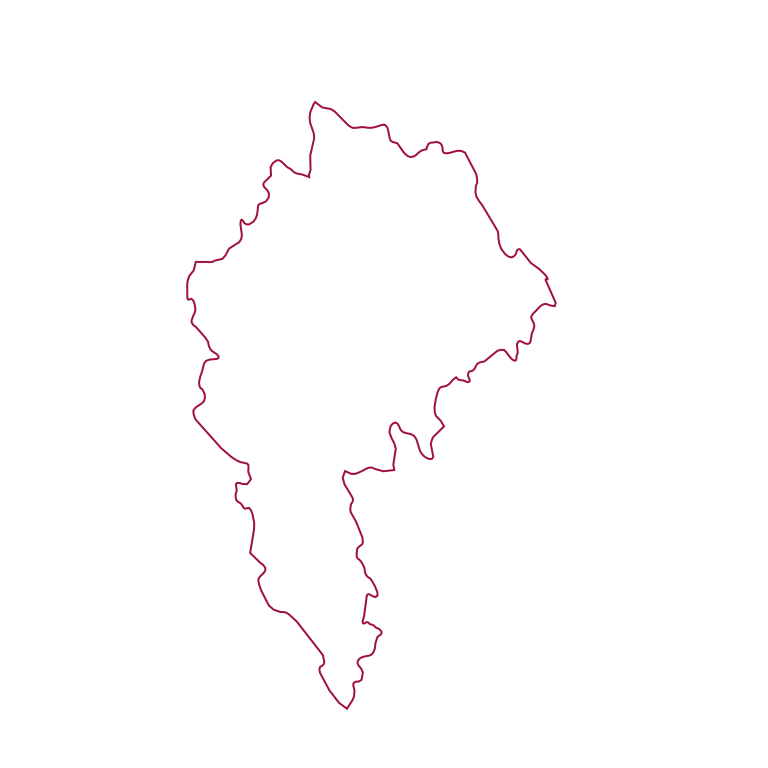 the County of Kauno, rotated 248°
{"feature_id": "LTU-1069", "entity_name": "Kauno", "entity_type": "County", "adm_level": 1, "iso_a3": "LTU", "parent_name": "Lithuania", "parent_adm1": "", "projection": "robinson", "projection_center": [23.769, 55.019], "detail": "fine", "context": "isolated", "style": "outline", "palette": "rose", "viewbox_px": 768, "rotation_deg": 248, "n_neighbors": 0, "source": "natural_earth", "source_scale": "10m", "svg_char_len": 5541}
<svg xmlns="http://www.w3.org/2000/svg" viewBox="0 0 768 768"><g transform="rotate(248 384 384)"><path d="M567.7,255.3L563.6,265.3L562.6,267.3L561.5,270.5L561.8,273.8L561.2,276.9L560.6,281.1L562.5,285.0L567.6,291.1L569.8,303.0L572.0,306.0L575.3,308.0L585.8,310.7L589.3,312.5L589.6,313.7L587.9,314.4L585.3,314.9L583.4,316.4L582.5,318.9L583.5,323.7L585.3,326.8L588.0,329.3L590.3,330.8L594.7,333.1L597.0,334.6L597.6,336.6L597.3,339.2L597.6,343.3L600.5,347.2L603.6,348.7L606.8,348.5L612.1,346.6L614.5,346.9L615.9,348.4L619.5,357.3L627.6,360.1L630.4,363.7L631.4,367.3L631.4,368.9L630.6,370.6L629.1,371.9L626.8,373.1L622.1,375.1L620.6,376.0L619.2,377.3L617.8,378.2L614.5,379.7L613.2,380.7L612.2,381.6L610.7,383.7L609.0,386.5L603.9,392.1L606.2,392.8L609.8,396.0L623.5,401.2L637.9,411.3L642.8,412.8L654.2,413.4L659.1,414.9L663.9,417.7L669.8,423.6L671.2,425.8L663.5,430.4L658.9,437.6L655.3,440.3L637.8,447.6L634.7,449.5L633.0,451.3L632.2,453.4L630.4,459.9L629.7,461.5L627.9,464.5L626.7,467.0L625.8,470.3L625.4,473.5L625.2,477.0L624.6,481.0L622.8,482.6L619.8,483.2L610.0,481.4L607.0,481.3L605.4,482.5L602.1,486.6L591.1,489.1L586.5,491.3L584.3,493.9L583.8,497.2L584.5,500.0L585.6,502.8L586.2,505.4L586.4,507.2L585.8,511.2L589.7,514.6L590.1,516.0L590.2,517.9L589.5,520.0L588.8,523.2L587.4,525.2L585.4,526.7L582.9,527.0L580.5,526.6L578.4,525.7L575.8,526.1L574.5,528.2L573.7,531.5L572.9,538.8L571.9,541.5L571.0,543.1L568.2,545.8L544.4,548.1L540.5,547.5L535.7,545.9L533.2,543.4L527.6,540.6L523.4,539.9L518.2,540.6L512.8,542.1L483.3,546.7L481.0,546.3L478.5,545.6L476.1,544.6L470.8,543.5L465.5,543.3L459.4,544.9L457.5,545.8L455.8,547.0L454.9,547.9L454.1,548.9L453.6,550.1L453.6,551.4L453.9,552.6L454.3,553.7L454.9,554.6L455.5,555.2L457.5,556.8L458.2,557.5L458.5,558.5L458.5,559.6L458.0,560.4L456.9,560.9L441.2,565.5L432.2,571.1L425.0,574.3L421.3,575.2L420.0,574.9L420.7,573.8L420.0,572.8L395.0,573.6L392.2,571.5L393.8,568.8L395.3,566.7L397.5,564.4L398.2,561.9L397.7,558.3L393.1,548.1L391.3,545.7L389.4,545.2L384.5,545.6L381.4,545.1L378.6,543.2L375.5,540.0L369.4,536.3L367.6,534.8L367.2,532.6L368.6,530.1L371.0,528.2L372.9,526.2L373.0,524.3L370.9,522.0L363.2,519.9L361.9,518.9L360.9,517.8L359.5,517.0L357.8,516.2L356.6,515.2L356.7,513.9L358.6,512.1L361.3,511.0L368.0,509.2L370.6,508.1L372.0,505.0L372.3,501.6L367.3,485.5L368.1,481.1L367.9,478.5L366.6,476.2L365.4,475.2L364.1,473.4L363.2,471.3L363.6,467.5L361.6,465.5L359.5,464.9L356.9,465.0L354.9,464.8L354.1,463.6L354.5,461.9L357.4,459.3L358.4,457.1L359.6,455.6L360.1,454.6L363.2,453.4L362.2,449.8L361.4,448.0L359.8,445.2L358.9,441.3L359.1,439.4L359.6,437.2L359.7,435.3L358.9,433.3L356.9,431.2L351.1,426.7L343.9,422.3L339.0,420.5L335.1,420.2L328.7,422.8L322.2,423.8L316.3,409.5L313.9,407.2L310.9,404.9L297.9,402.4L296.7,400.4L297.1,398.6L298.7,396.5L300.7,394.9L302.6,393.8L305.4,392.8L308.4,392.3L319.9,393.3L322.3,393.0L324.4,392.5L326.0,391.5L327.5,390.0L330.5,385.6L332.2,383.8L333.4,383.0L334.8,382.5L336.4,382.2L339.9,382.1L341.8,381.8L343.9,380.4L344.0,377.3L342.4,374.3L337.4,371.0L331.5,370.7L325.4,371.3L319.6,370.7L305.9,362.5L300.4,361.3L303.3,350.8L307.8,344.8L311.1,341.3L312.1,338.8L312.1,335.6L311.6,332.0L311.3,325.8L311.8,322.5L313.1,319.8L317.9,315.3L312.6,310.6L305.8,309.8L290.7,312.2L288.4,312.0L286.4,310.6L285.0,308.4L280.6,305.8L277.6,305.1L267.0,306.5L250.1,306.5L245.2,305.2L243.6,303.8L242.5,299.7L241.2,297.4L236.6,294.9L234.1,294.1L232.1,294.2L230.7,295.1L228.7,296.0L225.9,296.6L221.0,297.0L217.4,296.0L214.6,295.8L212.3,296.2L211.0,296.8L209.0,298.2L207.5,298.8L199.8,299.9L193.0,299.8L190.1,298.5L189.6,296.5L191.1,294.4L194.7,291.5L195.1,290.1L194.2,288.8L176.1,278.5L172.8,275.8L171.2,275.0L169.9,274.9L169.5,275.5L169.4,276.4L169.6,277.5L169.7,278.7L169.2,279.7L168.2,280.3L166.9,280.8L166.2,281.4L165.5,282.5L164.7,283.5L163.3,284.3L161.8,284.9L160.9,285.5L159.8,286.7L158.4,287.9L155.6,288.9L154.0,288.5L152.8,287.0L152.5,285.0L151.8,283.0L146.9,279.0L141.7,276.1L139.2,273.6L137.8,271.0L137.7,268.6L138.7,263.6L138.9,260.8L138.5,258.3L136.9,255.8L135.1,254.9L132.9,254.9L128.6,256.2L125.2,256.3L123.8,256.0L118.1,252.3L117.6,248.9L118.7,245.9L118.0,243.8L116.6,242.7L111.0,241.9L105.6,239.2L102.7,236.4L96.8,228.0L105.1,222.9L120.5,218.6L140.2,216.5L143.6,217.2L145.5,218.6L146.0,221.2L146.8,223.2L148.6,224.5L155.5,225.8L196.6,214.1L206.3,209.4L208.7,207.6L210.2,205.6L211.1,203.0L216.0,197.2L221.6,194.3L238.1,192.8L243.9,193.0L248.6,193.8L250.5,194.8L251.8,196.7L254.0,202.0L255.7,204.2L258.1,205.1L261.6,204.2L264.0,202.6L277.5,196.6L297.6,208.9L303.4,211.5L312.4,213.3L316.9,213.4L319.6,212.5L320.0,211.1L320.3,209.1L320.6,208.2L321.7,207.5L324.8,207.1L326.4,206.6L328.0,205.7L329.1,204.8L330.3,204.1L332.0,203.6L334.3,204.0L337.0,204.9L340.4,207.6L345.5,208.8L346.9,209.5L347.2,211.0L346.0,213.5L344.3,215.4L343.1,217.9L342.4,219.6L345.6,225.0L353.3,225.2L357.6,227.2L359.7,227.9L361.5,227.3L365.5,221.5L368.1,219.0L373.3,215.3L385.5,209.0L421.7,196.0L426.8,196.1L428.7,196.5L430.9,197.4L432.3,199.6L433.1,201.9L434.3,207.8L435.5,210.6L438.2,212.8L442.0,214.0L446.9,213.6L449.1,212.3L451.5,212.2L454.6,213.0L459.9,216.5L462.8,219.2L470.5,225.0L472.0,227.5L472.1,230.4L471.5,233.1L469.9,238.3L470.1,240.1L471.4,241.0L474.2,240.2L478.9,236.9L481.3,236.1L484.7,235.8L489.1,236.7L494.3,235.6L507.3,231.0L509.9,229.4L512.8,228.7L515.0,229.4L518.3,232.3L520.9,235.1L524.0,237.2L529.7,238.4L533.2,238.4L535.1,237.2L535.3,235.6L535.7,234.0L537.5,233.9L550.0,238.8L553.8,241.0L557.1,243.9L560.5,250.0L567.7,255.3Z" fill="none" stroke="#9f1239" stroke-width="2"/></g></svg>